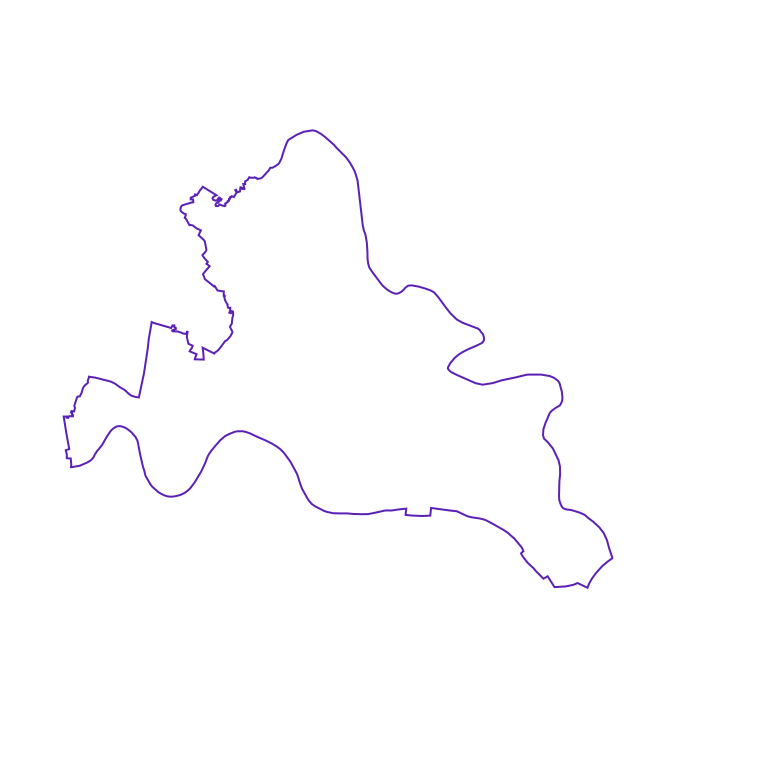 Que Vo, Bắc Ninh, Vietnam (Albers equal-area conic projection), rotated 24°
{"feature_id": "81297802B29506934186430", "entity_name": "Que Vo", "entity_type": "district", "adm_level": 2, "iso_a3": "VNM", "parent_name": "Vietnam", "parent_adm1": "Bắc Ninh", "projection": "albers", "projection_center": [106.153, 21.145], "detail": "fine", "context": "isolated", "style": "outline", "palette": "violet", "viewbox_px": 768, "rotation_deg": 24, "n_neighbors": 0, "source": "geoboundaries", "source_scale": "gbopen_adm2", "svg_char_len": 6153}
<svg xmlns="http://www.w3.org/2000/svg" viewBox="0 0 768 768"><g transform="rotate(24 384 384)"><path d="M150.8,438.5L153.8,447.9L160.5,472.3L165.5,496.0L162.4,496.9L158.2,497.4L154.9,496.8L150.4,495.2L148.7,494.8L143.8,494.3L138.2,493.1L133.6,492.9L118.2,495.5L111.5,497.3L111.8,498.2L112.0,501.3L112.9,503.1L112.9,503.8L111.6,506.2L110.8,508.8L110.7,510.5L111.4,515.4L111.2,516.9L111.2,518.9L109.2,520.2L109.0,521.1L109.9,529.2L110.2,530.3L111.4,531.4L112.1,535.0L109.5,535.8L109.7,537.5L110.9,537.3L111.6,539.0L112.5,538.9L112.9,539.8L112.0,540.0L112.1,540.5L109.6,541.3L109.2,543.5L107.8,543.8L107.7,542.6L104.6,544.0L114.0,558.4L122.6,571.0L122.9,571.5L120.2,573.9L122.8,577.2L124.4,580.8L128.2,579.5L131.2,585.1L131.9,587.3L132.7,586.9L139.3,582.4L145.0,576.2L147.2,573.0L148.4,569.4L148.5,566.2L149.2,561.8L150.0,559.2L151.3,554.1L152.1,545.6L153.2,539.0L154.0,536.4L155.1,534.2L156.7,532.0L157.6,531.1L159.8,529.9L162.1,529.4L164.9,529.2L166.8,529.4L168.7,529.7L172.8,530.8L178.7,533.6L181.6,535.9L182.8,537.3L189.7,547.3L197.5,557.7L200.1,560.5L203.4,564.8L211.2,570.5L212.8,571.5L214.4,572.2L221.6,574.5L224.5,574.9L228.5,575.1L231.9,574.7L235.3,573.6L238.6,571.7L242.3,568.9L244.3,566.9L246.4,564.2L248.4,560.6L249.6,557.4L251.1,550.5L252.6,538.3L252.8,529.1L252.4,522.2L252.6,519.4L253.3,515.5L255.2,508.6L257.4,501.7L260.1,496.1L263.6,491.9L267.3,488.2L269.7,486.6L274.2,484.6L277.3,484.0L281.9,483.6L286.8,483.8L298.6,483.7L305.5,484.0L311.7,484.8L315.7,485.7L320.0,487.3L326.3,490.8L330.6,493.4L340.8,501.3L342.5,503.0L348.2,509.4L351.6,512.9L361.0,520.0L363.4,521.4L366.8,523.0L371.2,523.8L380.7,524.3L383.6,524.1L390.2,522.7L396.7,520.0L402.7,517.3L408.8,515.2L416.4,512.1L422.6,509.2L429.1,504.6L435.9,499.5L438.7,498.0L442.2,496.6L448.3,492.7L455.0,488.8L457.0,494.8L462.8,492.9L472.7,489.0L479.8,485.4L477.4,478.1L495.6,472.8L502.4,470.6L512.6,470.9L515.4,470.7L518.8,470.0L526.2,467.9L530.9,467.1L532.6,467.0L538.9,467.4L552.5,468.7L558.0,469.6L559.6,470.3L565.8,472.1L575.9,477.1L578.0,478.7L579.4,480.1L578.2,482.4L578.1,483.0L578.9,483.7L582.4,486.0L588.0,488.9L592.7,490.6L595.2,491.3L599.0,493.2L608.9,497.0L611.7,493.1L622.4,500.2L632.2,495.1L638.2,490.8L639.4,489.7L641.7,487.2L642.1,487.1L652.7,487.4L652.6,482.5L653.1,477.2L654.6,470.5L657.6,461.1L660.9,454.6L663.4,450.4L662.7,449.2L656.6,442.6L651.3,436.1L645.2,430.7L638.6,427.2L630.7,424.6L624.8,423.3L620.4,421.9L615.0,421.9L606.1,423.0L602.2,424.3L599.5,424.6L597.9,424.5L596.4,423.7L594.8,422.5L591.5,419.0L589.3,414.8L583.7,401.3L581.6,394.8L578.3,387.8L574.4,382.6L564.5,374.2L557.5,370.6L552.4,368.8L550.1,366.1L548.0,360.4L547.3,353.2L547.4,349.5L547.1,344.4L547.3,343.0L548.0,340.4L550.5,336.1L553.4,331.9L553.7,328.0L553.1,325.3L552.5,323.7L549.6,318.7L543.7,311.5L541.3,310.2L536.9,309.2L532.2,309.3L523.4,311.6L510.8,317.3L501.6,324.4L490.1,332.7L482.9,339.0L474.4,344.5L467.5,346.0L446.7,346.1L440.5,345.8L438.2,345.1L436.2,344.1L435.7,342.6L436.1,337.8L438.0,331.4L440.0,327.2L442.5,323.3L446.4,318.4L453.3,310.9L456.9,306.6L457.5,303.8L457.1,302.1L455.9,300.3L454.3,298.4L450.9,296.7L449.2,295.6L447.0,295.2L430.8,296.1L424.4,295.5L416.1,292.5L408.0,288.2L398.1,282.5L392.4,279.9L388.5,279.6L382.9,280.0L375.7,281.0L369.3,282.6L366.1,284.3L364.5,287.1L364.0,288.3L363.7,289.9L362.2,292.9L360.2,295.4L358.7,296.5L357.5,296.9L354.6,297.2L350.7,296.9L347.3,296.2L342.4,294.6L327.6,286.4L322.9,283.3L320.5,280.3L318.3,276.8L314.9,269.6L310.8,261.8L306.6,255.5L302.9,251.6L300.0,247.6L277.1,208.9L272.3,203.3L269.8,200.8L263.1,195.8L257.0,192.3L244.9,187.7L240.9,185.8L229.6,182.3L224.9,181.2L220.1,180.7L218.5,180.7L215.6,181.3L208.0,186.3L202.9,191.8L197.3,200.0L197.1,203.1L197.2,206.1L197.6,211.3L198.6,219.8L198.4,224.6L198.0,226.0L196.0,229.4L195.0,230.7L194.1,231.8L192.1,232.8L191.9,235.5L188.8,244.8L187.9,246.2L184.9,248.2L184.1,247.7L183.1,247.7L182.8,248.0L181.8,247.8L181.5,248.2L180.5,248.9L178.8,249.5L178.5,249.8L176.8,249.9L176.5,252.9L174.7,255.4L175.8,257.8L174.1,258.6L176.8,262.0L175.8,262.3L176.5,262.9L175.0,263.5L174.3,263.4L173.7,262.5L172.9,262.7L173.2,264.0L174.1,266.7L172.3,268.3L171.6,268.1L169.8,266.8L169.3,267.4L171.5,269.0L170.8,274.3L168.7,274.3L168.5,275.2L167.5,275.5L167.5,276.8L167.9,276.8L167.9,277.5L167.6,277.6L167.6,278.3L167.3,278.3L167.8,279.5L167.8,279.9L166.8,280.6L167.2,281.5L166.5,282.2L166.5,282.6L166.3,283.0L165.8,283.3L165.5,283.8L166.6,285.5L166.3,286.1L165.9,286.4L162.9,286.8L161.1,286.8L160.0,288.9L159.4,289.3L158.1,289.8L157.2,288.9L157.2,287.3L158.2,285.7L158.9,285.7L159.0,282.6L160.2,282.8L160.4,281.2L157.5,280.7L157.1,281.8L156.7,284.3L155.4,285.0L153.1,285.2L151.8,284.1L152.1,282.3L154.2,279.7L138.2,277.5L137.6,280.6L137.1,282.1L136.8,285.1L136.3,286.6L136.3,287.6L134.3,287.7L134.8,288.9L131.7,292.4L132.3,294.0L134.5,293.0L135.9,295.5L134.0,296.8L127.2,302.7L126.5,304.3L126.5,305.3L126.9,307.2L127.9,308.6L129.8,309.3L132.2,309.7L133.8,309.5L134.1,310.1L134.4,311.8L134.3,313.2L135.6,313.6L136.8,314.3L141.6,318.0L142.0,317.6L144.8,316.9L149.5,318.1L154.2,318.1L154.1,323.5L160.5,325.6L162.2,326.5L167.2,333.6L167.3,335.0L166.7,337.4L165.7,340.0L166.6,340.8L169.1,342.3L173.4,344.1L172.9,346.4L176.8,347.3L174.4,355.3L174.0,357.4L175.8,359.0L177.6,361.0L189.2,364.1L189.5,363.4L194.0,366.3L200.0,364.6L201.6,368.4L202.0,368.1L202.3,368.6L202.9,368.5L202.9,369.8L205.0,372.4L208.4,374.9L208.8,374.9L209.1,376.0L210.5,377.7L211.6,377.6L212.6,376.9L213.5,379.2L213.7,381.7L215.0,381.7L214.8,379.8L214.9,379.5L215.6,379.2L216.5,379.2L217.0,379.8L216.9,381.0L217.6,381.1L218.2,382.3L218.6,385.3L220.4,390.7L220.0,394.4L224.4,398.1L224.5,399.3L224.2,403.0L222.8,407.6L222.0,408.8L221.5,409.2L219.2,419.4L218.1,422.0L216.9,423.7L216.6,425.2L203.6,424.6L206.6,429.7L209.4,435.0L201.1,438.4L200.9,437.8L200.6,433.0L193.2,433.2L193.2,431.3L193.7,430.1L193.8,428.7L193.6,426.8L189.0,426.8L184.7,421.2L183.3,416.2L182.7,416.4L182.6,416.6L183.1,418.7L179.7,419.6L177.2,419.6L174.0,420.0L169.5,421.8L168.8,421.5L168.8,421.0L171.5,418.3L170.7,417.2L169.2,417.2L168.9,417.0L168.6,415.8L167.0,416.4L166.8,419.4L148.5,421.9L146.6,421.9L150.8,438.5Z" fill="none" stroke="#5b21b6" stroke-width="2"/></g></svg>